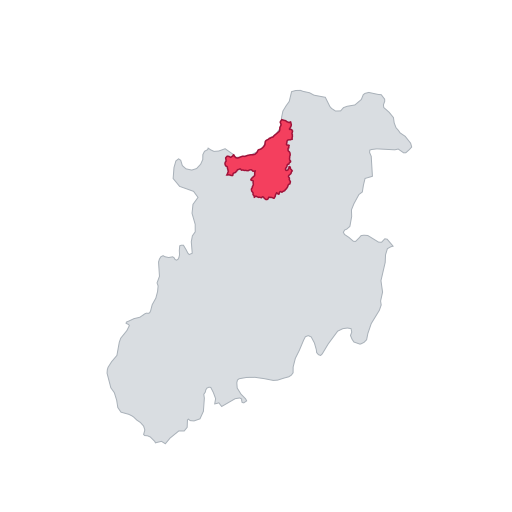 location of Zajecarski within Republic of Serbia, rotated 247°
{"feature_id": "SRB-844", "entity_name": "Zajecarski", "entity_type": "District", "adm_level": 1, "iso_a3": "SRB", "parent_name": "Republic of Serbia", "parent_adm1": "", "projection": "albers", "projection_center": [22.117, 43.747], "detail": "fine", "context": "in_parent", "style": "filled", "palette": "rose", "viewbox_px": 512, "rotation_deg": 247, "n_neighbors": 0, "source": "natural_earth", "source_scale": "10m", "svg_char_len": 9108}
<svg xmlns="http://www.w3.org/2000/svg" viewBox="0 0 512 512"><g transform="rotate(247 256 256)"><path d="M283.5,198.4L294.4,202.0L299.4,205.3L302.0,209.5L308.9,212.4L320.3,213.8L328.2,218.2L332.6,225.5L339.9,223.8L349.9,212.9L359.7,210.0L369.5,215.1L374.8,219.4L375.7,222.7L373.5,224.1L368.0,223.5L363.6,225.6L360.2,230.4L359.7,235.5L362.1,240.9L365.6,244.7L370.1,246.7L372.5,249.5L372.8,253.1L374.0,254.1L371.4,255.8L368.7,258.2L367.2,262.6L366.8,269.5L358.1,274.9L354.8,275.9L353.4,279.5L351.1,289.7L351.4,297.3L352.6,301.2L353.2,304.3L356.0,308.2L358.6,314.1L360.4,322.0L364.2,328.1L374.0,334.0L378.9,337.4L382.5,342.4L385.3,347.0L393.4,353.0L392.8,357.3L391.1,361.6L389.2,363.6L385.3,369.1L381.4,372.2L375.0,381.8L364.7,382.4L362.3,383.2L358.4,385.8L356.5,390.6L358.4,394.5L358.2,398.4L356.4,406.0L358.9,414.1L362.6,417.8L363.1,419.9L362.5,423.7L357.1,431.4L355.5,434.3L350.1,435.7L348.2,435.0L345.4,432.4L342.8,431.6L336.3,434.7L329.7,436.6L324.5,435.2L319.4,435.0L315.8,436.2L313.1,436.7L307.8,440.1L299.4,442.4L295.5,441.9L294.0,438.7L292.5,434.2L293.3,432.2L298.9,428.7L299.5,425.3L307.4,409.1L308.9,403.9L309.0,402.1L306.9,401.0L302.7,401.0L283.9,394.3L284.8,386.7L279.3,382.6L273.4,378.9L272.4,374.8L265.9,366.6L261.2,361.9L255.0,359.5L249.8,356.1L246.6,354.0L245.3,350.1L245.3,347.9L243.8,345.7L241.2,345.9L236.8,348.8L231.5,351.4L230.5,353.3L232.3,357.8L233.7,360.7L233.0,363.4L231.2,366.9L220.8,374.3L219.6,377.0L221.5,381.3L220.2,383.3L211.5,386.0L211.8,383.6L211.4,379.8L206.5,375.7L199.6,372.4L184.5,361.4L178.6,359.8L173.3,358.4L165.9,353.1L162.0,352.1L157.8,348.3L148.8,335.7L141.0,328.7L135.7,325.1L134.3,321.7L134.1,318.3L134.3,317.2L138.6,312.5L141.8,311.9L145.9,311.9L148.5,314.4L152.0,315.1L154.0,312.0L155.2,307.5L154.9,301.8L146.9,288.2L140.0,278.7L139.2,276.6L140.8,274.9L143.4,274.1L146.1,274.9L153.1,275.8L159.9,275.2L162.3,273.0L162.4,269.9L160.0,267.0L152.3,259.1L146.4,252.2L139.3,246.8L134.0,244.5L132.5,241.9L132.0,239.0L132.7,233.9L133.3,227.4L134.7,223.3L139.8,215.8L144.7,207.7L147.9,199.9L149.6,192.6L149.1,190.5L146.8,188.8L141.8,187.1L134.7,188.2L128.6,190.6L126.3,190.8L125.6,187.4L126.6,186.0L128.5,186.3L130.0,186.9L131.7,185.5L132.8,181.1L130.9,165.6L135.4,164.4L135.6,162.2L136.0,160.2L140.5,163.1L147.0,163.4L152.7,163.0L153.6,161.5L153.6,159.3L152.5,157.6L150.5,156.1L149.1,153.9L145.3,152.9L133.6,146.9L128.0,140.8L128.4,134.5L130.2,131.1L132.3,130.0L131.8,128.8L125.2,125.7L123.0,121.6L125.1,116.5L122.0,105.8L118.6,99.2L122.3,96.6L123.0,92.6L123.3,90.4L124.8,90.4L130.7,88.0L132.9,85.9L134.2,83.4L135.6,82.8L139.3,85.7L143.4,86.1L148.0,84.5L151.5,82.2L155.7,80.4L157.6,79.1L160.0,77.0L165.0,70.7L170.5,69.6L177.7,71.4L185.5,72.2L191.4,70.9L206.3,73.1L209.4,74.7L211.4,76.4L215.2,81.9L218.8,89.1L224.0,92.5L230.1,96.5L233.2,99.4L237.8,108.0L241.4,112.2L242.7,112.0L243.9,110.9L244.8,110.1L245.8,110.9L245.8,113.5L246.0,119.2L245.0,125.2L246.2,131.0L246.2,132.8L245.3,134.4L245.3,135.9L246.6,137.5L251.7,141.4L256.3,147.3L261.7,151.5L266.7,154.2L269.9,154.4L275.0,159.2L285.3,162.8L288.6,164.0L290.9,165.9L292.5,168.2L292.6,170.6L291.0,171.8L288.7,175.0L287.8,179.0L286.1,180.0L284.5,180.1L283.2,181.2L283.5,183.0L284.9,184.6L287.0,186.1L291.1,187.6L295.2,189.8L295.1,191.5L294.3,193.4L289.1,194.1L285.2,194.4L283.4,195.1L283.5,198.4Z" fill="#d9dde1" stroke="#a8b0b8" stroke-width="1"/><path d="M357.9,275.0L355.7,275.3L354.2,276.0L353.4,277.3L353.2,278.4L353.2,281.2L353.1,282.6L352.9,283.1L352.2,284.3L352.0,284.8L351.9,287.6L351.3,290.5L350.4,292.7L350.0,294.8L350.9,297.3L352.7,299.4L352.8,300.2L352.5,301.8L352.6,302.5L352.9,303.8L353.3,305.0L353.9,306.2L354.5,307.1L355.3,307.9L357.4,309.0L358.1,309.7L358.5,311.0L358.6,313.1L359.2,314.4L358.9,314.8L358.8,315.2L358.9,315.5L359.1,315.9L359.2,316.1L359.2,316.3L359.2,316.6L358.9,317.3L358.9,317.7L358.9,318.2L359.8,319.9L361.1,324.4L361.7,326.2L362.7,327.1L365.0,328.2L365.4,328.7L366.4,329.9L367.1,330.4L367.8,330.6L369.3,330.5L369.9,330.7L370.4,331.3L371.2,332.9L371.4,333.0L370.9,333.7L370.0,334.7L369.4,335.6L368.9,336.2L368.6,336.4L367.7,336.8L367.5,337.0L366.1,338.4L365.9,338.6L365.8,338.8L365.8,339.1L366.0,339.7L366.1,339.9L366.0,340.1L365.9,340.2L365.7,340.3L365.5,340.2L364.3,340.0L363.3,339.9L362.2,339.3L361.9,339.1L361.6,338.5L360.8,337.9L360.2,336.7L359.8,336.4L359.6,336.4L359.4,336.4L359.3,336.6L359.0,337.4L358.7,337.8L358.5,338.1L358.4,338.2L358.2,338.3L357.8,338.3L357.2,338.3L356.7,338.5L354.6,336.9L354.3,336.8L353.5,336.9L353.2,336.8L352.5,336.4L352.0,336.3L351.6,336.1L350.9,335.5L349.3,334.9L349.3,334.7L349.6,334.0L349.6,333.8L349.5,333.2L349.6,332.8L350.0,332.0L350.2,331.3L350.3,331.0L350.2,330.6L350.1,330.1L349.8,329.7L349.5,329.3L349.3,329.2L348.3,328.7L347.5,328.1L347.0,327.7L346.8,327.7L346.6,327.7L346.3,327.7L346.2,327.8L345.8,328.3L345.6,328.8L345.2,329.5L344.8,329.7L344.6,329.6L343.8,328.8L343.6,328.7L343.1,328.5L342.8,328.5L342.8,328.0L342.7,327.9L342.5,327.6L342.0,327.3L341.3,327.1L340.7,326.8L340.3,326.8L339.9,326.8L339.1,327.3L338.2,327.5L337.6,327.5L336.7,327.3L335.8,327.0L335.2,326.6L334.6,326.0L334.3,325.8L334.1,325.7L333.3,325.4L332.7,325.0L332.3,324.8L331.1,324.5L330.7,324.6L330.1,324.9L329.7,324.9L329.5,324.7L329.1,324.5L329.0,324.2L328.9,324.0L329.1,323.5L329.0,323.4L327.9,322.2L327.7,322.0L327.8,321.8L328.0,321.3L328.0,320.9L327.9,320.6L327.1,319.9L326.5,319.5L326.1,319.2L325.8,318.8L325.7,318.6L325.7,318.4L324.7,317.2L324.4,317.1L324.2,317.0L323.4,317.0L323.1,317.1L323.0,317.3L322.9,317.4L322.7,318.1L322.7,318.3L322.8,318.6L322.8,319.1L322.9,319.3L323.0,319.4L323.8,320.1L324.3,320.8L324.6,321.0L325.2,321.3L325.3,321.5L325.2,321.8L325.0,322.0L324.8,322.1L324.3,322.2L323.8,322.1L323.3,321.8L323.0,321.7L322.7,321.8L321.7,322.3L320.2,322.6L319.6,321.5L318.5,320.6L318.2,320.3L318.0,319.7L317.8,319.1L317.4,317.9L317.2,317.5L317.0,317.3L316.9,317.2L316.6,317.0L316.1,316.9L315.8,316.9L315.0,317.2L314.6,317.2L314.1,316.9L313.6,316.6L313.4,316.5L312.0,316.6L311.3,316.7L310.9,316.7L310.6,316.5L310.1,316.1L309.5,315.6L309.2,315.4L309.1,315.2L309.2,314.3L309.1,314.1L309.0,313.8L308.6,313.2L308.3,312.9L308.0,312.7L307.4,312.2L307.2,312.0L306.7,311.2L306.1,310.4L306.0,310.2L305.9,310.0L305.8,309.4L305.7,309.0L305.6,308.9L305.2,308.4L305.0,308.2L304.9,307.7L304.9,306.2L304.8,305.6L304.6,304.9L304.7,304.7L304.8,304.5L305.5,304.0L305.7,303.8L305.8,303.5L305.8,303.3L305.7,303.0L305.0,302.0L304.8,301.9L304.2,301.6L304.0,301.3L304.0,301.2L304.1,300.9L304.3,300.6L304.6,300.4L305.2,300.3L305.4,300.2L306.1,299.6L305.3,298.7L304.7,297.9L304.4,297.6L303.4,297.0L302.1,295.2L302.2,294.9L302.4,294.7L303.2,294.0L304.1,292.8L304.3,292.5L304.3,292.1L304.3,291.9L304.5,291.6L305.0,291.1L305.1,290.8L305.0,290.6L304.7,290.2L304.0,289.5L303.8,289.2L303.7,288.7L303.7,288.1L303.8,287.9L304.0,287.4L304.2,287.1L304.5,286.9L306.0,286.2L306.5,286.0L307.2,285.9L307.5,285.7L307.8,285.3L307.9,285.1L308.0,285.0L307.9,284.8L307.9,284.7L307.6,284.1L307.5,283.9L307.5,283.7L308.4,282.7L308.7,282.3L308.9,281.9L308.9,281.4L309.0,281.2L309.6,280.7L309.9,280.3L310.9,279.5L311.0,279.4L311.1,279.2L311.1,278.7L311.0,278.4L310.7,277.8L310.7,277.6L310.7,277.4L310.8,277.4L312.1,277.7L312.4,277.7L312.6,277.6L313.4,277.3L313.8,277.3L314.1,277.4L314.8,277.8L315.3,277.9L315.5,277.9L316.1,277.8L317.0,277.5L317.5,277.4L319.2,277.8L319.5,278.0L319.9,278.5L320.1,278.9L320.3,279.3L321.0,279.6L321.3,279.8L321.6,280.2L322.2,281.0L322.3,281.1L323.3,281.7L324.5,281.9L324.8,282.0L325.3,282.4L326.1,282.7L326.3,282.7L326.5,282.6L327.0,282.0L327.4,281.3L327.5,281.2L328.0,281.1L328.5,281.2L328.6,281.3L329.0,282.2L329.5,283.0L329.7,283.4L329.7,284.0L330.1,284.6L330.2,285.0L330.3,285.6L330.4,286.0L330.8,286.3L331.2,286.5L333.3,287.4L333.8,287.9L334.5,288.4L334.7,287.6L335.3,286.3L335.4,286.2L336.1,286.0L336.9,285.6L337.1,285.5L337.3,285.2L337.5,284.6L337.7,284.1L337.7,283.8L337.7,283.3L337.6,282.5L337.6,282.1L338.1,281.0L338.7,280.2L338.9,279.9L339.0,279.6L339.2,279.0L339.4,278.5L340.1,277.8L340.4,277.3L340.6,276.3L340.9,276.1L341.1,276.0L341.8,275.8L342.1,275.7L342.4,275.4L342.5,275.1L342.5,274.7L342.4,274.0L342.4,273.8L342.6,273.1L342.6,272.7L342.4,272.3L341.9,271.8L341.8,271.7L341.6,270.7L341.4,270.5L341.0,270.0L340.9,269.9L340.9,269.6L341.0,269.0L341.0,268.1L341.0,267.6L340.9,267.3L340.8,267.2L340.5,266.9L339.8,266.5L339.5,266.3L339.3,266.0L339.3,265.8L339.3,265.5L339.4,265.4L339.9,264.5L340.6,263.8L340.9,263.3L341.3,262.7L341.5,262.3L341.6,261.9L341.7,261.4L342.0,260.8L342.4,261.3L342.8,261.8L343.4,262.3L344.4,263.3L345.0,263.6L345.8,263.7L346.5,263.9L347.8,264.0L348.8,264.3L349.2,264.4L349.6,264.3L349.8,264.2L350.3,263.6L350.8,263.4L351.3,263.3L351.8,263.3L352.8,263.4L353.3,263.6L354.3,264.3L354.5,264.6L354.8,265.2L354.9,265.4L355.1,265.5L355.6,265.7L356.3,266.0L357.0,266.1L357.8,266.3L358.1,266.4L358.2,266.5L358.4,266.8L358.7,267.5L359.0,268.1L359.1,268.3L359.1,268.5L358.9,268.9L358.8,269.2L358.3,269.8L357.9,270.4L357.6,270.6L357.2,270.8L356.8,271.0L356.7,271.4L356.8,271.9L357.0,272.6L357.0,272.8L357.0,273.4L357.0,273.6L357.1,273.8L357.5,274.0L357.8,274.5L357.9,274.9L357.9,275.0Z" fill="#f43f5e" stroke="#9f1239" stroke-width="1.5"/></g></svg>